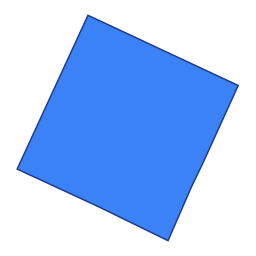 outline of Lake, Michigan, United States of America, rotated 205°
{"feature_id": "52423323B68600605298438", "entity_name": "Lake", "entity_type": "district", "adm_level": 2, "iso_a3": "USA", "parent_name": "United States of America", "parent_adm1": "Michigan", "projection": "mercator", "projection_center": [-85.866, 43.991], "detail": "fine", "context": "isolated", "style": "filled", "palette": "blue", "viewbox_px": 256, "rotation_deg": 205, "n_neighbors": 0, "source": "geoboundaries", "source_scale": "gbopen_adm2", "svg_char_len": 259}
<svg xmlns="http://www.w3.org/2000/svg" viewBox="0 0 256 256"><g transform="rotate(205 128 128)"><path d="M121.6,44.2L44.1,42.8L45.6,101.0L45.3,128.9L46.1,213.1L211.9,213.2L211.1,43.9L121.6,44.2Z" fill="#3b82f6" stroke="#1e3a8a" stroke-width="1.5"/></g></svg>